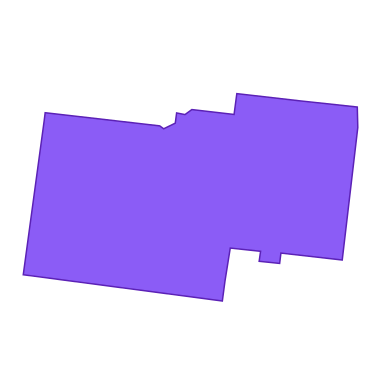 Richland, Ohio, United States of America (Albers equal-area conic projection), rotated 277°
{"feature_id": "52423323B34604508478331", "entity_name": "Richland", "entity_type": "district", "adm_level": 2, "iso_a3": "USA", "parent_name": "United States of America", "parent_adm1": "Ohio", "projection": "albers", "projection_center": [-82.503, 40.773], "detail": "fine", "context": "isolated", "style": "filled", "palette": "violet", "viewbox_px": 384, "rotation_deg": 277, "n_neighbors": 0, "source": "geoboundaries", "source_scale": "gbopen_adm2", "svg_char_len": 442}
<svg xmlns="http://www.w3.org/2000/svg" viewBox="0 0 384 384"><g transform="rotate(277 192 192)"><path d="M142.8,349.4L276.2,348.7L296.5,345.7L295.6,286.8L295.1,224.5L274.1,224.3L273.8,181.8L268.0,175.6L268.6,167.1L258.3,167.0L251.3,156.2L253.7,151.9L252.8,36.6L244.8,36.6L89.3,34.6L87.5,235.4L107.9,235.6L141.0,236.8L141.5,267.3L131.4,267.1L131.8,287.7L142.2,287.7L142.8,349.4Z" fill="#8b5cf6" stroke="#5b21b6" stroke-width="1.5"/></g></svg>